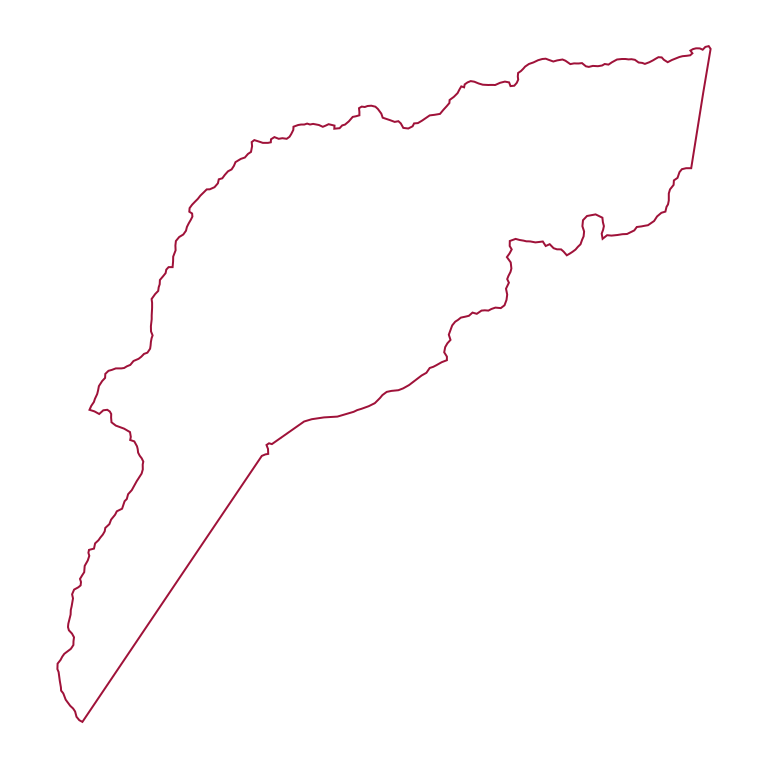 the district of Alto Alegre do Pindaré, Maranhão, Brazil
{"feature_id": "56859067B27762035382418", "entity_name": "Alto Alegre do Pindaré", "entity_type": "district", "adm_level": 2, "iso_a3": "BRA", "parent_name": "Brazil", "parent_adm1": "Maranhão", "projection": "orthographic", "projection_center": [-45.998, -3.962], "detail": "fine", "context": "isolated", "style": "outline", "palette": "rose", "viewbox_px": 768, "rotation_deg": 0, "n_neighbors": 0, "source": "geoboundaries", "source_scale": "gbopen_adm2", "svg_char_len": 5177}
<svg xmlns="http://www.w3.org/2000/svg" viewBox="0 0 768 768"><path d="M710.6,48.9L708.7,46.1L705.4,46.9L702.7,49.7L699.8,48.4L696.1,48.3L693.0,49.1L690.4,50.6L692.4,53.3L690.2,55.3L686.7,55.8L682.5,56.2L679.4,57.0L671.9,60.0L667.7,62.2L663.9,59.8L661.7,57.4L658.4,57.2L655.9,58.6L652.9,60.4L649.4,62.2L644.9,63.9L642.2,62.9L638.6,62.5L634.9,59.8L631.5,59.2L628.5,59.4L625.5,59.0L621.9,59.0L617.0,59.5L611.9,62.3L608.5,64.6L604.7,64.0L602.1,65.5L597.9,66.2L592.9,65.9L588.8,66.9L585.9,66.3L582.0,63.1L578.4,63.5L574.0,63.4L570.3,64.1L565.4,60.7L562.5,59.5L557.2,60.4L553.3,61.5L548.6,59.8L545.7,58.7L542.3,59.0L538.1,60.2L533.5,62.4L528.9,64.0L525.1,66.6L523.3,68.7L521.0,71.0L518.1,73.0L517.8,76.6L518.2,79.6L516.8,82.8L514.3,85.7L510.5,86.1L509.1,82.4L504.9,81.6L500.1,82.8L495.2,85.0L491.2,84.9L488.3,85.0L482.8,84.7L478.7,83.5L474.3,81.7L470.7,81.1L467.5,82.4L464.7,84.4L464.1,87.3L461.3,86.4L459.5,89.4L457.6,93.1L453.8,96.9L449.6,100.0L449.4,103.0L446.7,106.2L443.4,109.8L440.0,113.9L434.6,114.8L429.7,115.4L422.1,120.6L417.9,123.1L414.1,123.4L412.6,126.3L408.3,128.5L403.3,127.9L400.8,123.4L398.4,121.2L394.7,121.9L389.9,120.1L385.7,118.7L382.7,117.7L381.3,113.6L377.9,109.0L375.4,106.7L371.3,105.7L367.6,106.0L364.8,107.0L361.7,106.6L359.0,108.2L359.4,111.9L359.4,115.3L355.8,116.3L352.7,116.9L348.8,121.4L345.0,124.6L342.2,125.4L339.6,128.2L334.3,128.7L334.5,125.6L328.6,124.2L325.7,125.6L322.8,126.8L318.9,125.0L313.1,123.9L310.0,124.5L307.1,123.6L304.4,124.5L301.3,124.5L298.2,125.0L293.5,126.7L293.3,129.9L291.2,134.1L289.5,136.8L286.7,138.8L282.4,138.2L278.7,138.8L274.4,137.1L271.0,139.3L270.8,142.3L267.8,142.9L262.9,142.9L260.0,141.9L254.3,140.1L251.7,142.1L252.1,146.2L251.0,151.9L247.9,154.0L244.9,157.5L240.8,158.9L235.5,162.1L233.9,165.9L231.6,169.4L228.0,171.3L224.8,174.9L222.3,178.3L218.8,179.3L217.9,183.3L214.5,187.2L209.8,189.3L206.7,189.4L203.7,192.4L200.4,195.6L197.8,198.9L195.0,201.7L192.1,204.7L189.6,208.1L189.3,211.7L192.1,213.5L192.4,216.6L190.8,219.8L188.7,223.4L186.9,227.0L186.0,230.7L183.3,234.5L179.2,237.0L175.9,241.0L175.4,245.5L175.6,250.3L174.5,253.2L173.2,256.6L173.1,261.3L172.6,267.1L168.6,267.1L166.3,269.6L165.6,273.1L163.2,276.1L159.9,280.0L159.7,284.3L158.7,287.2L158.2,290.9L155.2,294.0L151.6,299.0L152.1,302.8L152.1,307.8L151.7,315.3L151.7,319.2L150.9,326.1L151.0,331.4L152.6,335.4L151.6,338.2L150.9,341.9L150.6,345.4L150.1,348.7L147.4,352.7L144.0,353.9L141.2,356.8L138.6,358.8L133.5,361.0L130.3,364.9L126.9,366.3L124.1,368.0L121.3,368.4L115.8,368.4L111.8,369.9L108.5,370.8L105.3,373.9L105.1,377.9L102.2,381.0L98.9,386.1L98.1,390.3L97.2,394.0L94.9,398.9L93.9,402.0L91.3,405.8L89.5,409.8L94.5,411.4L99.2,414.0L103.3,410.3L107.3,409.8L109.8,411.5L111.2,414.0L111.1,417.6L111.5,422.3L115.8,425.6L124.0,428.6L130.0,432.1L130.8,436.9L130.2,440.0L134.3,441.4L137.0,446.3L137.7,449.1L138.1,452.6L139.7,455.7L141.7,458.3L143.3,461.6L142.7,464.5L142.8,469.4L141.6,473.6L136.7,481.2L131.8,490.1L128.1,494.2L126.8,499.0L124.6,501.2L123.4,504.8L122.1,508.7L116.8,511.3L115.1,514.7L111.1,519.6L109.4,524.1L105.3,527.9L104.7,531.3L102.8,534.6L100.4,537.5L98.5,540.2L95.1,543.4L94.0,548.6L89.0,549.9L88.4,552.8L89.3,555.8L87.8,560.4L84.7,565.9L84.2,572.2L82.5,574.8L80.0,578.9L81.0,582.0L80.6,585.4L78.3,587.3L74.1,589.6L72.1,594.3L73.0,598.4L71.6,606.5L70.8,609.9L70.6,614.6L68.3,623.8L68.0,627.1L68.9,630.3L72.0,633.6L74.0,637.3L73.5,641.2L73.4,645.0L70.9,648.8L64.3,653.8L62.3,656.6L60.5,660.0L57.6,663.6L57.4,669.1L58.6,672.0L59.8,680.9L60.9,687.3L61.1,690.6L63.3,693.4L65.7,699.7L70.2,705.8L73.1,708.5L75.1,711.5L76.5,716.8L79.3,720.2L82.4,721.9L143.6,631.1L207.5,536.3L261.8,455.9L265.4,454.4L268.2,453.9L268.0,448.9L266.5,445.0L269.0,443.3L271.9,444.1L304.1,421.5L311.8,419.2L324.0,417.4L337.4,416.6L353.7,411.8L357.2,410.1L361.5,408.8L368.7,406.2L374.9,403.1L379.9,398.1L382.4,395.1L386.7,391.9L391.4,390.9L398.4,390.2L403.1,388.4L409.0,385.1L421.6,375.5L426.4,372.8L429.7,368.0L433.3,366.8L436.2,365.3L441.7,362.2L446.9,360.2L446.9,356.6L444.2,352.3L445.2,347.1L447.4,343.3L450.5,339.9L448.8,334.7L452.2,325.4L455.2,321.7L458.0,319.9L460.9,317.6L465.2,316.7L468.9,315.8L472.5,312.6L476.8,313.8L481.5,310.6L484.8,310.3L488.4,310.6L491.4,309.0L495.4,307.6L500.8,308.1L504.5,305.3L506.5,299.9L507.2,294.6L506.0,288.7L508.9,282.7L507.2,279.1L508.4,276.0L510.5,271.9L511.4,268.5L510.7,262.4L506.9,257.1L509.5,253.5L511.7,249.4L509.7,246.0L509.8,241.0L515.6,238.9L519.7,240.0L523.4,240.6L526.3,241.3L530.1,241.4L535.4,242.4L538.9,242.0L542.8,241.5L545.7,246.0L549.7,244.2L553.6,248.2L556.9,249.3L561.1,249.4L563.6,251.6L566.8,255.3L569.6,253.7L572.4,251.9L575.5,249.6L577.9,246.8L580.5,244.3L582.1,239.8L583.6,236.4L584.1,231.5L582.4,226.2L583.0,220.2L587.0,216.0L595.6,214.4L602.4,217.7L602.9,222.2L603.9,226.1L603.1,229.8L601.7,233.6L602.6,238.8L607.1,235.2L611.5,235.6L617.4,235.0L622.4,234.2L627.0,234.0L634.3,230.4L636.8,227.0L641.5,226.4L644.5,225.8L648.0,225.2L654.1,221.0L657.1,216.4L661.4,212.8L665.4,211.6L666.5,206.9L668.0,204.4L668.8,200.4L668.8,193.5L670.0,189.4L673.6,184.9L673.9,180.4L677.5,177.9L679.5,172.1L681.9,169.2L686.1,168.2L691.2,168.2L703.2,92.9L710.6,48.9Z" fill="none" stroke="#9f1239" stroke-width="2"/></svg>